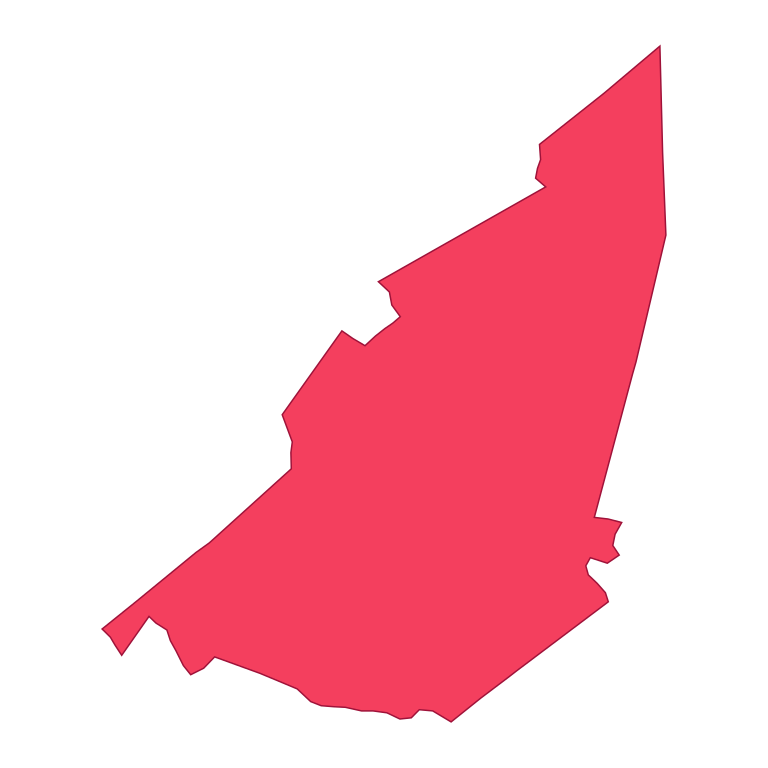 the district of Boquim, Sergipe, Brazil
{"feature_id": "56859067B73188427981672", "entity_name": "Boquim", "entity_type": "district", "adm_level": 2, "iso_a3": "BRA", "parent_name": "Brazil", "parent_adm1": "Sergipe", "projection": "mercator", "projection_center": [-37.611, -11.099], "detail": "fine", "context": "isolated", "style": "filled", "palette": "rose", "viewbox_px": 768, "rotation_deg": 0, "n_neighbors": 0, "source": "geoboundaries", "source_scale": "gbopen_adm2", "svg_char_len": 1006}
<svg xmlns="http://www.w3.org/2000/svg" viewBox="0 0 768 768"><path d="M608.3,601.8L605.4,592.7L597.2,583.4L588.3,574.9L585.8,565.8L590.3,557.7L607.3,563.2L619.2,555.1L612.8,545.5L615.1,534.2L621.7,522.5L608.1,519.0L594.3,517.4L632.5,374.2L636.0,361.9L665.9,235.1L662.6,152.5L659.9,46.1L604.2,93.1L539.5,144.4L540.6,159.6L537.5,168.3L535.6,178.2L545.7,186.9L378.4,281.7L389.4,292.0L391.8,305.0L400.3,316.7L392.7,323.2L385.0,328.5L375.5,336.0L365.0,345.7L353.0,338.6L341.9,330.9L282.2,414.7L292.3,441.9L290.9,452.6L291.3,468.8L209.3,542.9L196.1,552.4L136.1,601.6L102.1,629.0L110.3,637.1L115.1,645.2L121.7,655.3L149.0,616.4L156.0,623.1L166.9,630.0L170.4,640.7L176.0,650.8L183.4,665.6L190.7,674.7L203.7,668.2L214.6,656.9L259.9,673.3L297.2,688.9L303.7,695.0L310.7,701.6L321.2,705.7L333.6,706.7L345.4,707.3L361.5,710.9L372.9,710.9L386.9,712.8L399.9,719.0L411.3,717.8L419.3,709.7L432.7,710.9L451.1,721.9L480.9,698.0L509.6,676.3L516.8,670.7L608.3,601.8Z" fill="#f43f5e" stroke="#9f1239" stroke-width="1.5"/></svg>